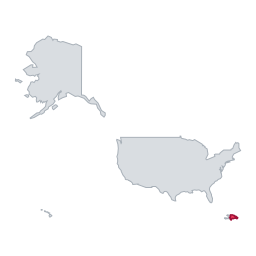 Dominican Republic highlighted among its neighbors
{"feature_id": "DOM", "entity_name": "Dominican Republic", "entity_type": "country or territory", "adm_level": 0, "iso_a3": "DOM", "parent_name": "North America", "parent_adm1": "", "projection": "mercator", "projection_center": [-70.506, 18.775], "detail": "fine", "context": "with_neighbors", "style": "filled", "palette": "rose", "viewbox_px": 256, "rotation_deg": 0, "n_neighbors": 2, "source": "natural_earth", "source_scale": "50m", "svg_char_len": 5194}
<svg xmlns="http://www.w3.org/2000/svg" viewBox="0 0 256 256"><path d="M120.6,137.4L180.0,137.4L180.1,136.1L180.8,136.1L181.2,137.9L181.8,138.4L185.5,139.2L187.6,140.2L189.4,139.7L192.7,140.6L194.6,139.6L202.1,144.1L202.4,144.9L202.9,145.2L202.7,145.6L203.7,145.3L204.3,146.6L205.2,146.9L204.9,147.5L207.1,148.9L208.0,154.3L205.9,158.6L206.1,159.4L206.8,159.8L214.9,156.4L214.4,154.6L215.4,154.1L219.5,154.1L220.1,152.9L223.7,150.0L230.9,150.0L231.1,149.2L232.7,148.6L234.1,144.8L235.8,142.4L236.5,143.2L237.9,142.7L238.9,143.6L238.9,147.8L240.6,150.6L233.9,153.9L232.4,156.4L232.3,157.9L233.1,159.4L233.9,159.5L233.7,158.5L234.4,159.1L234.2,159.9L227.9,161.1L226.1,161.9L229.3,161.4L229.9,161.9L226.9,162.8L225.6,162.8L225.6,162.5L225.0,163.2L225.6,163.4L225.1,165.4L223.6,167.5L223.4,166.8L222.2,166.0L222.7,167.5L223.2,168.0L223.2,169.0L221.4,172.2L221.8,170.3L220.7,169.2L220.5,166.9L220.1,168.1L220.5,169.9L219.1,169.4L220.6,170.3L220.7,172.9L221.3,173.1L221.8,176.7L220.4,178.6L218.2,179.4L216.8,180.9L215.7,181.1L214.6,182.0L214.3,182.9L212.0,184.6L209.8,187.3L209.4,189.1L209.8,190.8L211.5,194.6L211.5,195.7L212.5,198.5L212.3,201.1L211.8,202.5L211.2,202.8L210.1,202.5L209.8,201.5L209.0,200.9L206.5,196.1L206.9,194.4L206.3,193.1L204.7,191.0L203.8,190.7L201.6,191.8L200.2,190.5L198.9,189.9L196.4,190.2L194.5,189.9L192.0,190.5L192.4,191.1L192.4,192.1L192.8,192.6L192.4,193.0L191.6,192.6L190.8,193.1L189.2,193.0L187.6,191.7L185.8,192.0L184.2,191.4L181.1,192.2L179.1,194.0L177.0,195.0L175.8,196.2L175.3,197.3L175.3,199.0L175.8,200.9L175.0,201.0L171.8,199.7L170.7,196.9L169.4,195.5L167.6,192.4L166.1,191.4L164.3,191.5L163.0,193.4L161.2,192.7L160.1,191.9L158.8,189.3L155.7,186.5L151.9,186.5L151.9,187.5L146.0,187.5L137.8,184.5L138.0,184.0L132.8,184.5L132.5,183.2L131.1,181.7L130.1,181.4L129.8,180.7L128.6,180.5L127.9,179.8L125.9,179.6L125.3,179.2L125.1,177.7L123.0,175.1L121.2,171.3L121.3,170.7L118.7,167.5L118.4,165.2L117.2,163.7L117.7,161.3L117.6,158.9L116.9,156.6L117.8,153.9L118.3,148.4L117.9,144.2L116.6,140.0L116.9,139.4L120.0,140.5L121.1,143.5L121.6,142.7L120.6,137.4ZM81.6,46.6L81.5,95.0L83.7,95.2L85.7,96.4L89.2,101.0L91.2,98.6L93.4,97.3L94.5,99.5L98.0,103.0L101.5,110.5L105.2,112.9L105.2,115.3L104.0,117.1L100.9,114.5L100.3,111.2L97.6,108.0L96.4,104.2L90.9,103.8L88.4,102.7L84.0,98.3L78.1,96.0L75.2,96.4L68.4,92.5L66.0,93.4L66.5,96.4L62.8,97.6L58.5,99.9L58.2,97.4L59.2,93.2L61.4,91.8L60.9,90.7L58.1,93.2L56.6,96.1L53.6,99.1L55.1,101.1L53.1,104.1L48.6,107.0L48.1,108.8L44.7,110.8L44.1,112.6L41.6,114.2L40.1,114.0L34.1,117.5L30.4,118.6L30.1,118.0L36.8,113.0L39.5,112.6L40.5,111.0L43.5,108.6L45.6,106.4L46.0,103.4L47.1,100.9L44.6,102.2L43.9,101.5L42.7,103.0L41.3,100.9L40.7,102.4L39.9,100.3L37.8,102.0L36.5,101.9L36.3,99.5L36.7,97.9L35.3,96.4L32.5,97.2L29.2,94.2L29.2,91.7L27.5,89.8L28.4,87.1L30.1,84.6L30.9,82.1L32.6,81.8L34.1,82.5L35.8,80.2L37.4,80.7L39.0,79.2L38.6,76.9L37.4,76.0L39.0,74.1L35.4,75.2L34.8,76.3L33.1,75.2L30.0,75.8L26.9,74.6L26.0,72.6L23.3,69.6L31.1,64.8L32.9,64.8L32.6,67.4L37.1,67.2L35.3,63.9L32.7,61.8L29.1,56.6L26.2,54.8L27.4,51.7L31.2,51.5L33.9,48.7L34.4,45.7L36.6,42.7L42.8,39.1L44.7,39.5L48.0,36.0L51.3,37.4L52.9,40.4L53.8,39.1L57.4,39.5L57.3,41.0L60.6,42.1L62.8,41.5L73.1,44.9L76.0,43.9L81.6,46.6ZM15.5,79.1L16.8,80.0L18.2,79.5L22.0,81.4L20.2,82.9L17.8,81.0L15.9,81.3L15.4,80.9L15.5,79.1ZM50.6,214.4L51.9,215.8L50.0,217.1L49.4,216.8L49.1,215.3L49.6,214.7L49.6,214.0L50.6,214.4ZM49.3,212.9L48.4,213.3L47.8,212.5L48.0,212.3L49.3,212.9ZM47.7,211.9L47.6,212.2L46.4,212.1L46.6,211.8L47.7,211.9ZM44.9,210.7L45.7,211.6L44.7,211.6L44.4,211.0L44.9,210.7ZM42.1,209.5L41.9,210.3L41.1,209.9L41.6,209.5L42.1,209.5ZM26.8,94.7L28.5,95.1L28.7,96.7L27.4,97.4L24.7,95.4L26.8,94.7ZM55.3,104.8L56.7,105.1L57.6,106.3L53.6,109.7L52.5,108.7L52.2,106.9L55.3,104.8Z" fill="#d9dde1" stroke="#a8b0b8" stroke-width="1"/><path d="M230.4,215.3L230.5,217.4L229.9,217.8L230.5,218.5L230.4,219.1L229.0,218.7L226.7,218.7L225.7,219.1L224.5,218.4L224.7,217.7L228.3,218.2L229.1,217.7L228.1,216.7L228.1,215.8L226.8,215.5L227.3,214.8L230.4,215.3Z" fill="#d9dde1" stroke="#a8b0b8" stroke-width="1"/><path d="M230.3,219.1L230.3,218.7L230.3,218.4L230.1,218.2L229.9,218.0L229.8,217.8L230.1,217.8L230.2,217.7L230.4,217.5L230.4,217.4L230.4,217.2L230.2,216.9L230.4,216.8L230.6,216.6L230.4,216.3L230.3,216.2L230.4,215.9L230.3,215.3L230.4,215.2L230.5,215.1L230.6,214.9L230.8,214.9L231.0,214.9L231.4,215.0L231.5,215.0L231.8,214.9L232.1,214.8L232.3,214.9L232.4,215.0L232.6,215.1L233.1,215.1L233.5,215.4L233.7,215.5L233.8,215.5L234.1,215.4L234.4,215.6L234.4,215.8L234.5,216.1L235.6,216.2L235.8,216.3L235.7,216.4L235.6,216.5L235.1,216.4L234.9,216.5L235.2,216.7L235.4,216.7L235.7,216.8L235.9,216.8L236.2,216.9L236.5,216.9L236.9,217.1L237.5,217.6L237.7,217.8L237.6,218.0L237.4,218.3L237.2,218.4L237.1,218.5L236.9,218.7L236.7,218.6L236.7,218.4L236.4,218.3L236.1,218.3L235.7,218.2L235.4,218.2L235.1,218.2L234.9,218.2L234.6,218.2L234.3,218.2L234.1,218.3L233.8,218.5L233.7,218.6L233.1,218.7L232.9,218.6L232.7,218.4L232.1,218.5L231.9,218.6L231.8,218.9L231.7,219.0L231.4,219.5L231.2,219.9L231.1,220.0L230.9,219.8L230.7,219.7L230.6,219.4L230.4,219.2L230.3,219.1Z" fill="#f43f5e" stroke="#9f1239" stroke-width="1.5"/></svg>